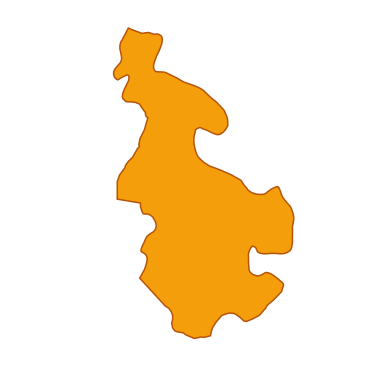 the district of Chique/Blanchard, Vieux Fort, Saint Lucia, rotated 200°
{"feature_id": "8701671B68891744403519", "entity_name": "Chique/Blanchard", "entity_type": "district", "adm_level": 2, "iso_a3": "LCA", "parent_name": "Saint Lucia", "parent_adm1": "Vieux Fort", "projection": "equal_earth", "projection_center": [-60.95, 13.801], "detail": "fine", "context": "isolated", "style": "filled", "palette": "amber", "viewbox_px": 384, "rotation_deg": 200, "n_neighbors": 0, "source": "geoboundaries", "source_scale": "gbopen_adm2", "svg_char_len": 6014}
<svg xmlns="http://www.w3.org/2000/svg" viewBox="0 0 384 384"><g transform="rotate(200 192 192)"><path d="M79.9,176.5L80.1,177.5L80.2,178.3L80.6,179.9L81.5,182.0L82.1,183.9L82.6,185.2L83.1,186.6L83.7,188.4L84.3,190.0L84.9,191.5L85.3,192.7L85.8,194.0L86.1,195.5L86.1,196.1L86.4,197.6L86.6,199.1L86.7,199.5L86.9,200.8L87.4,202.2L88.0,203.4L89.5,206.1L92.4,209.8L94.6,212.0L96.2,212.9L97.2,213.4L98.8,214.2L100.2,215.1L101.6,216.0L102.9,216.7L104.4,217.7L104.8,218.0L105.8,218.9L106.4,219.5L107.3,220.5L108.4,221.9L108.9,222.6L109.7,223.5L110.5,224.4L111.2,225.1L112.0,225.8L112.7,226.3L113.5,226.4L114.0,226.0L114.9,225.4L117.2,223.2L117.9,222.5L118.9,221.3L120.3,219.1L120.6,218.6L121.0,218.1L121.3,217.6L122.0,216.3L122.3,215.9L123.7,214.5L124.3,214.2L126.0,213.5L128.6,212.6L130.2,212.2L131.8,211.9L133.2,211.8L134.6,211.9L135.7,211.9L137.5,212.3L139.5,212.8L140.7,213.4L142.3,214.6L143.8,215.4L146.1,216.7L147.7,218.1L148.9,218.9L149.8,219.5L150.7,219.8L151.1,220.0L152.7,220.2L153.1,220.3L155.4,220.6L159.2,221.3L164.2,221.9L168.3,222.0L171.5,222.3L175.1,222.4L178.6,222.4L181.3,222.4L183.2,222.4L184.6,222.5L186.2,222.8L187.4,223.1L188.0,223.2L189.9,223.6L191.4,224.0L193.7,225.0L195.1,225.6L196.5,226.2L197.7,226.8L198.5,227.3L199.5,228.2L200.6,229.3L201.4,230.1L202.9,232.1L204.0,233.6L204.7,234.9L205.7,236.5L206.5,237.8L207.3,239.6L208.0,241.5L208.5,243.0L209.0,245.0L209.2,246.4L209.4,247.9L209.6,249.8L209.9,251.1L209.5,252.5L209.1,253.1L208.3,253.9L208.0,254.2L207.8,254.4L206.8,255.2L205.7,255.4L205.3,255.4L204.1,255.2L203.6,255.1L198.9,255.1L193.7,254.5L190.5,254.4L189.0,254.4L188.3,254.5L187.2,254.8L186.5,255.1L185.8,255.6L184.9,256.4L184.1,257.5L183.7,258.1L182.9,259.4L182.7,259.8L182.2,261.2L181.8,262.3L181.6,263.2L181.5,264.0L181.4,264.3L181.3,265.0L181.2,265.9L181.2,266.6L181.2,267.2L181.8,268.5L182.0,269.0L182.4,270.1L182.5,270.4L183.0,271.5L183.4,272.4L183.6,272.7L184.2,273.5L185.0,274.6L185.8,275.5L186.5,276.3L186.7,276.5L187.2,277.0L187.9,277.6L189.0,279.1L191.3,280.6L193.7,281.7L195.3,282.6L197.6,283.7L198.9,284.4L200.5,285.1L202.2,285.7L203.5,286.0L204.9,286.6L206.6,287.2L208.1,287.8L208.9,288.2L210.1,288.7L211.4,289.3L212.9,289.9L214.4,290.7L214.7,290.8L215.9,291.3L218.2,291.8L219.7,292.2L223.6,292.6L227.9,292.7L231.4,292.6L234.3,292.6L235.9,292.5L237.9,292.6L240.0,293.0L242.8,293.5L246.2,294.1L250.5,294.5L254.2,294.9L256.9,295.2L257.2,295.2L259.2,295.1L261.7,294.4L264.1,293.6L265.4,293.2L266.7,292.9L267.9,293.0L269.0,293.7L269.7,294.4L270.6,295.6L271.0,296.8L271.5,298.4L271.8,300.4L271.8,301.5L271.8,303.1L271.8,304.4L271.8,305.8L271.8,307.0L271.8,308.0L271.6,309.3L271.5,310.2L271.4,311.3L271.2,313.3L271.1,314.9L271.1,316.5L271.1,317.8L271.1,319.8L271.1,320.4L271.2,320.9L271.4,322.4L271.7,324.1L272.1,325.1L272.3,325.7L272.7,326.4L272.9,326.8L273.4,327.3L273.7,327.6L274.3,328.2L275.1,328.4L276.3,328.6L277.4,328.8L278.2,328.7L279.1,328.4L279.7,328.3L280.9,327.4L285.6,327.1L288.1,326.8L293.1,324.0L303.5,324.0L307.9,324.3L309.4,313.0L309.7,310.5L310.1,309.4L310.2,307.3L309.7,304.5L308.6,301.6L305.4,296.6L305.1,296.1L304.9,295.8L304.2,294.2L303.6,292.9L303.4,290.5L303.6,289.0L305.2,284.7L306.1,282.4L306.4,281.1L306.6,280.1L306.7,279.1L306.7,278.1L306.0,275.9L304.3,273.6L303.4,272.9L302.3,272.4L301.2,272.1L300.4,272.0L300.0,272.0L298.0,274.7L295.0,278.0L292.8,279.9L291.9,279.9L290.8,279.3L290.2,277.4L289.7,275.1L290.0,271.8L290.7,265.9L290.8,260.9L290.0,257.7L288.8,256.1L285.2,254.4L283.7,254.6L281.7,255.2L280.7,255.7L275.3,256.9L273.6,256.7L271.4,256.7L269.1,254.8L262.8,250.6L262.4,249.2L260.8,247.1L259.1,246.9L258.6,244.4L258.5,240.2L258.0,234.5L258.6,228.7L259.1,224.3L258.2,218.4L256.9,216.7L258.2,214.0L258.2,212.6L258.5,211.5L259.7,204.4L262.1,199.4L263.6,194.4L263.3,192.1L264.1,189.5L265.9,183.1L265.8,176.2L259.8,159.7L236.7,164.0L236.0,162.2L235.3,160.5L234.1,158.9L232.8,157.3L231.6,155.8L230.7,155.1L229.4,154.9L228.2,155.4L227.3,155.7L226.2,156.2L224.9,156.0L223.3,156.1L222.5,155.8L221.1,155.3L220.4,155.1L219.1,154.0L218.0,153.0L216.2,151.5L215.0,149.9L214.3,148.5L213.8,146.9L213.7,145.0L213.8,143.7L214.2,142.5L214.7,141.3L215.3,140.6L216.1,139.6L217.3,138.0L218.2,136.6L219.2,134.6L219.4,133.7L219.6,131.7L219.7,130.2L219.8,127.8L220.2,124.8L220.3,123.0L220.3,121.0L219.9,119.5L219.6,118.9L218.4,118.4L216.5,118.1L215.6,117.9L214.2,117.5L213.0,116.5L212.1,115.3L211.2,113.8L210.8,111.9L210.6,110.7L210.4,109.6L210.3,107.3L210.1,105.0L210.1,104.0L210.3,101.7L210.6,100.3L210.9,98.5L211.0,97.2L211.3,95.4L211.5,94.3L211.7,93.2L178.1,75.7L174.3,74.9L170.5,72.4L167.8,69.1L166.4,64.7L166.4,62.2L163.9,57.8L160.7,55.6L157.7,55.6L152.0,56.7L150.1,55.9L147.9,55.6L139.8,55.2L136.2,57.4L133.8,58.9L130.8,59.6L125.4,63.3L126.2,67.6L126.2,72.0L124.8,78.2L122.9,83.0L121.8,86.3L116.1,90.7L111.8,92.1L109.1,92.1L104.2,90.7L99.0,88.5L96.3,89.2L92.2,92.9L86.5,99.1L83.0,108.2L82.5,111.5L79.2,117.0L75.7,124.6L74.3,127.9L73.8,129.0L73.9,130.3L74.0,132.8L74.0,135.2L74.2,135.9L74.8,136.9L76.3,137.8L80.2,139.3L83.4,140.4L84.3,140.7L85.4,141.0L86.9,141.5L88.0,141.8L88.9,141.9L90.5,142.2L91.3,142.2L93.0,142.1L93.8,142.0L94.7,141.8L95.0,141.6L95.5,141.3L96.5,140.1L97.5,139.0L98.2,138.1L99.0,137.3L100.4,136.2L101.9,135.6L103.0,135.4L103.7,135.3L105.1,135.3L105.9,135.2L107.0,135.4L108.5,135.9L109.6,136.4L110.6,137.1L111.1,137.5L112.0,138.8L113.3,141.7L114.0,143.3L114.8,145.1L115.6,147.3L117.8,153.1L118.0,154.7L118.0,155.7L118.0,156.7L117.8,158.3L117.7,159.2L117.6,159.9L117.4,160.4L116.8,161.6L116.4,161.8L115.5,161.9L114.5,161.9L113.5,161.6L112.8,161.2L112.2,160.6L111.6,160.0L111.2,159.6L110.4,158.7L109.9,158.3L109.7,158.1L108.6,157.9L107.0,157.8L105.4,158.1L104.3,158.3L103.8,158.4L102.6,158.8L101.1,159.3L98.8,160.4L97.2,161.2L96.3,161.5L94.2,162.3L92.8,162.8L91.6,163.1L90.0,163.6L88.3,164.0L87.2,164.4L86.3,164.7L85.5,165.2L84.6,165.6L83.9,166.0L83.7,166.2L82.9,166.9L82.2,167.5L81.1,168.7L80.3,169.8L79.7,170.8L79.5,171.6L79.4,172.7L79.4,174.1L79.6,175.1L79.8,175.7L79.9,176.5Z" fill="#f59e0b" stroke="#b45309" stroke-width="1.5"/></g></svg>